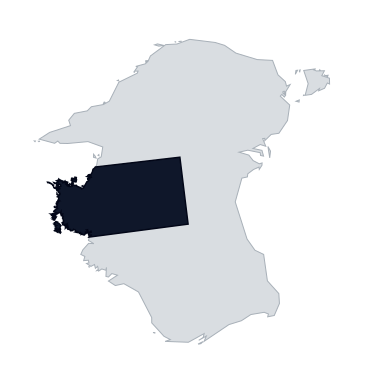 Northern Territory highlighted on a map of Australia, rotated 263°
{"feature_id": "AUS-2650", "entity_name": "Northern Territory", "entity_type": "Territory", "adm_level": 1, "iso_a3": "AUS", "parent_name": "Australia", "parent_adm1": "", "projection": "natural_earth1", "projection_center": [133.869, -18.484], "detail": "fine", "context": "in_parent", "style": "filled", "palette": "ink", "viewbox_px": 384, "rotation_deg": 263, "n_neighbors": 0, "source": "natural_earth", "source_scale": "10m", "svg_char_len": 9237}
<svg xmlns="http://www.w3.org/2000/svg" viewBox="0 0 384 384"><g transform="rotate(263 192 192)"><path d="M268.5,58.0L272.7,79.5L278.3,78.4L284.4,84.8L285.3,97.9L288.9,102.5L289.6,114.7L292.2,121.0L309.9,132.8L316.6,152.2L318.6,153.2L319.0,149.7L322.9,153.2L323.5,151.5L324.9,161.3L327.1,164.3L332.1,167.3L341.5,183.9L340.7,195.0L343.8,208.3L337.6,233.2L333.6,242.2L324.5,252.5L315.5,272.8L312.8,288.0L297.8,291.6L290.2,298.1L285.6,298.7L286.7,302.5L279.8,297.0L280.9,295.7L280.4,294.4L279.1,294.3L276.6,296.7L275.0,295.2L277.9,293.0L276.4,291.3L266.4,299.6L251.3,295.5L239.7,285.4L239.5,277.6L234.1,270.5L236.4,270.8L236.4,268.6L228.4,270.8L230.8,265.5L227.8,257.8L224.8,266.5L218.9,267.4L219.9,264.5L222.7,264.5L226.7,252.5L225.8,243.5L221.7,252.9L215.7,256.5L211.8,262.2L212.3,265.1L210.0,264.7L206.2,261.5L208.6,261.5L206.9,255.9L203.3,249.6L200.2,248.8L199.7,243.2L176.9,233.7L138.6,240.9L126.5,247.4L121.3,255.5L94.6,256.0L80.6,265.8L70.7,265.2L59.4,258.6L58.9,251.9L61.6,253.0L63.8,249.0L63.2,235.5L58.2,225.3L55.9,212.5L42.3,185.8L47.3,188.7L44.0,180.6L46.3,185.4L50.0,186.8L43.3,170.1L47.0,147.1L48.1,152.5L52.2,146.6L67.0,136.1L72.3,136.7L99.3,126.7L109.3,113.2L108.5,104.5L113.8,98.2L118.5,107.9L120.8,102.5L117.8,98.7L118.7,96.3L127.6,97.9L124.8,97.0L126.6,93.1L124.9,89.7L129.7,89.3L128.0,86.8L131.9,86.4L130.5,82.7L133.9,78.6L134.2,81.1L136.9,80.8L137.1,76.1L141.1,77.8L143.6,74.0L147.9,76.6L153.6,83.1L152.7,88.3L156.5,83.3L164.6,86.6L166.3,83.8L162.6,79.9L172.1,62.3L174.0,63.4L177.2,59.0L178.4,60.9L188.1,59.5L187.8,55.3L181.3,52.2L182.4,51.1L205.9,60.1L212.8,56.8L211.1,60.3L214.0,62.2L217.5,58.0L220.7,61.5L216.9,69.4L212.8,70.1L213.0,75.8L209.2,84.6L230.4,100.7L236.3,102.4L238.0,106.2L247.6,108.9L254.7,94.9L255.3,74.5L256.4,66.9L258.9,65.0L257.1,61.6L263.1,46.8L268.5,58.0ZM274.2,316.1L285.4,320.5L299.0,317.7L299.2,329.8L298.4,327.7L297.0,330.2L296.2,338.2L291.6,335.0L288.2,342.3L282.4,341.7L283.7,339.6L278.8,336.2L277.0,330.0L279.2,331.1L274.3,322.5L274.2,316.1ZM170.2,51.2L177.0,51.1L179.1,53.4L174.6,57.7L170.2,51.2ZM216.4,273.3L227.9,272.9L223.0,274.9L216.4,273.3ZM218.8,74.6L220.2,79.0L215.9,78.2L216.6,75.1L218.8,74.6ZM340.9,182.0L340.8,176.9L342.6,172.8L343.2,175.8L340.9,182.0ZM296.2,308.9L300.0,310.0L300.0,311.6L296.2,308.9ZM169.6,52.5L172.0,56.8L167.6,56.5L169.6,52.5ZM270.3,309.7L268.2,309.2L269.4,306.3L270.3,309.7ZM241.5,98.9L239.5,100.2L237.4,100.9L238.4,98.5L241.5,98.9ZM42.2,184.7L40.4,182.3L40.2,180.0L40.5,179.9L42.2,184.7ZM299.1,313.3L300.5,314.4L297.7,313.5L299.1,313.3ZM326.3,162.0L327.9,162.0L327.8,164.2L326.3,162.0ZM290.1,114.5L292.0,115.8L291.6,116.6L290.1,114.5ZM291.3,339.3L291.3,341.3L289.9,340.6L291.3,339.3ZM343.0,196.9L343.0,199.6L342.8,199.6L343.0,196.9ZM187.5,51.0L186.4,49.8L187.1,49.2L187.5,51.0ZM219.1,51.2L217.5,53.4L219.4,49.6L219.1,51.2ZM343.3,193.6L342.5,194.5L343.1,193.5L343.3,193.6ZM221.5,91.3L220.5,91.7L221.0,90.6L221.5,91.3ZM215.5,74.5L214.3,74.7L215.0,73.3L215.5,74.5ZM57.3,136.2L57.0,138.0L56.5,137.9L57.3,136.2ZM261.1,45.8L261.0,47.3L260.6,46.2L261.1,45.8ZM279.1,295.1L279.4,296.0L279.0,295.7L279.1,295.1ZM217.0,54.0L214.8,55.5L217.1,53.6L217.0,54.0ZM130.6,80.6L129.8,81.6L130.3,80.4L130.6,80.6ZM292.1,337.9L291.4,338.3L291.8,337.5L292.1,337.9ZM240.5,104.1L239.3,104.1L239.9,103.2L240.5,104.1ZM126.2,88.5L125.6,89.1L125.5,87.7L126.2,88.5ZM297.8,333.7L296.8,334.3L297.1,333.2L297.8,333.7ZM261.9,41.7L261.7,42.8L261.1,42.3L261.9,41.7ZM278.5,296.3L279.5,297.2L277.8,296.9L278.5,296.3ZM312.1,132.7L311.3,132.8L311.7,131.6L312.1,132.7ZM318.3,149.5L317.9,149.5L318.3,148.6L318.3,149.5ZM274.7,314.6L274.4,315.4L274.2,314.4L274.7,314.6Z" fill="#d9dde1" stroke="#a8b0b8" stroke-width="1"/><path d="M159.8,84.1L161.2,85.1L161.3,86.4L161.0,87.3L161.5,86.8L161.4,87.4L161.8,86.3L161.5,83.8L161.8,84.3L162.2,84.1L163.4,84.7L164.2,85.8L164.3,86.8L164.8,86.5L165.0,87.1L165.4,87.0L164.5,84.8L164.7,83.8L165.8,84.1L166.9,83.4L167.3,83.6L167.3,82.7L165.9,83.7L165.6,83.7L165.9,83.2L165.3,83.4L164.9,83.1L164.3,81.8L165.2,81.7L165.8,81.1L164.9,81.5L163.8,81.2L162.5,80.0L162.6,79.3L163.5,77.6L163.4,76.8L164.2,77.2L164.4,76.3L164.6,76.7L165.4,76.3L165.2,75.1L166.0,74.2L165.7,74.2L165.7,73.4L166.5,71.3L166.7,72.0L167.1,72.1L168.4,71.5L169.3,70.3L169.9,70.5L168.3,68.8L168.3,66.8L168.7,66.5L169.1,66.9L169.8,66.5L170.1,64.4L170.4,64.5L170.8,64.0L171.3,64.3L171.2,63.8L171.8,64.8L172.7,64.7L171.6,64.0L172.1,63.8L171.8,63.6L172.1,62.3L171.8,62.0L173.3,62.3L173.4,63.7L173.6,63.2L174.2,64.1L174.3,63.8L174.8,64.0L174.0,63.0L174.8,63.2L174.1,62.5L173.7,62.4L173.7,62.0L174.3,61.4L175.4,61.8L175.0,60.1L175.2,59.7L175.8,59.7L177.0,60.5L177.3,58.8L177.7,60.4L178.4,61.0L181.0,60.8L181.9,60.3L183.1,61.2L184.6,59.8L184.8,60.5L185.6,60.3L185.9,61.1L185.7,61.8L186.1,61.1L186.1,59.8L187.0,59.2L187.9,59.6L188.5,59.6L187.5,59.0L187.7,57.1L187.2,56.5L188.0,55.3L187.1,54.9L186.5,53.7L185.5,53.3L183.5,54.1L183.0,53.8L183.0,53.2L182.3,53.0L182.5,52.6L180.9,52.2L181.0,51.8L181.4,51.9L181.3,51.3L181.6,51.4L181.8,51.0L182.2,51.7L182.5,51.5L182.5,50.6L183.3,51.5L183.5,51.3L183.5,52.4L183.7,52.2L184.0,53.1L184.1,52.6L184.5,52.6L184.1,52.2L183.9,50.6L184.9,51.9L184.8,50.9L185.3,50.5L185.6,52.0L186.1,51.4L186.3,51.5L187.8,54.0L188.3,54.0L189.1,53.0L189.5,53.2L189.3,52.5L189.7,52.4L190.9,54.0L191.6,55.8L192.4,56.0L193.0,55.6L192.8,56.3L193.5,55.9L193.5,56.3L194.0,56.5L194.4,56.2L194.4,57.2L194.6,56.7L195.4,56.8L196.5,55.9L197.4,55.9L197.6,56.2L196.9,56.7L196.8,57.1L197.6,57.6L198.5,57.0L198.7,57.8L199.1,57.3L199.5,57.9L199.5,59.1L200.2,58.1L201.3,58.9L202.6,59.0L203.9,57.9L204.6,59.5L205.5,59.7L206.3,60.7L206.8,60.6L207.4,61.1L207.0,60.5L208.4,60.5L207.4,60.1L208.2,59.4L208.9,59.2L209.2,59.4L209.8,59.0L210.2,59.3L211.2,58.6L210.2,58.9L210.1,58.6L210.3,58.0L211.4,57.9L212.4,57.0L212.5,56.2L212.9,56.4L212.7,57.1L211.2,58.4L212.8,58.1L210.7,59.9L211.3,61.2L212.5,59.8L212.7,60.0L213.8,59.0L212.9,60.3L213.2,60.8L213.9,60.5L213.3,61.7L213.6,62.5L215.3,62.4L216.2,60.6L214.8,59.9L217.7,57.4L217.0,58.3L217.5,58.3L218.5,60.8L219.1,60.8L219.2,60.4L218.6,60.2L219.2,59.9L220.1,60.4L220.5,61.5L220.9,61.5L219.3,63.3L219.6,62.5L219.1,62.7L219.2,63.6L218.8,63.9L218.7,64.8L218.1,64.8L218.1,65.9L217.7,65.1L217.5,65.6L217.0,65.3L217.1,66.0L218.4,67.3L217.8,67.5L217.6,67.0L217.2,67.1L217.7,67.9L217.0,69.5L216.8,69.3L215.8,70.1L216.3,69.4L216.2,68.0L215.9,67.8L215.7,68.8L215.3,68.5L215.3,69.1L214.6,69.7L214.5,68.5L213.8,69.4L213.8,70.2L213.4,69.3L213.0,70.0L212.9,69.7L212.7,69.9L212.5,70.7L213.1,71.2L212.3,71.5L212.2,72.8L212.8,73.4L212.5,73.8L213.1,74.0L213.6,73.2L214.0,73.3L213.3,75.5L212.8,76.0L212.7,78.1L211.5,78.7L210.8,80.2L210.4,80.4L209.7,82.2L208.5,82.8L209.3,84.8L215.0,89.0L215.4,90.3L217.4,91.8L217.9,91.7L218.8,93.0L218.8,93.7L219.3,93.4L220.4,93.7L220.9,93.1L223.7,95.4L226.6,96.5L227.6,98.2L228.6,99.1L228.0,184.2L160.6,184.2L159.8,84.1ZM179.1,53.1L179.1,53.7L178.6,53.9L178.6,54.8L178.0,54.6L177.2,55.9L174.7,57.8L171.1,55.3L170.1,51.3L170.4,50.8L171.3,52.1L171.8,52.0L171.6,53.0L172.4,52.4L172.6,53.3L172.9,52.9L174.4,52.2L175.0,52.6L175.2,53.1L175.4,52.3L176.2,51.7L176.7,53.0L176.6,51.7L177.1,51.1L177.3,51.9L178.3,51.7L178.6,52.9L179.1,53.1ZM220.9,77.7L220.6,78.8L220.3,79.0L219.0,78.6L218.2,78.9L216.6,78.1L215.8,78.4L216.7,77.4L216.5,74.7L217.3,74.9L217.4,74.4L217.9,74.7L218.2,74.3L217.7,73.5L218.1,73.8L218.9,73.2L218.5,74.0L218.9,74.2L219.0,74.9L219.6,75.0L219.8,74.1L220.3,74.2L220.4,74.6L219.9,75.6L219.2,75.8L219.2,76.3L219.6,76.6L218.8,77.0L218.8,77.5L219.0,78.0L219.4,77.7L220.1,78.2L220.4,77.7L220.9,77.7ZM170.7,55.7L172.1,56.2L172.1,56.7L171.1,57.0L169.8,56.3L168.0,56.9L167.4,56.4L167.8,56.2L167.8,55.5L168.7,55.5L168.8,54.0L168.4,53.8L169.4,52.5L169.9,52.3L170.4,53.3L170.3,54.1L170.8,54.8L170.7,55.7ZM186.4,50.9L186.6,50.2L186.3,49.7L186.9,49.7L187.3,49.2L187.1,50.8L187.5,51.0L187.3,52.5L186.4,50.9ZM221.6,91.2L221.8,92.3L221.5,92.9L220.8,91.7L220.5,91.8L220.9,90.6L221.6,91.2ZM219.3,49.8L218.9,51.3L217.5,53.4L217.1,53.5L218.7,51.0L218.9,49.9L219.3,49.8ZM215.6,73.7L215.2,75.0L214.9,75.0L214.7,74.2L214.6,74.9L214.3,74.7L214.2,73.9L214.6,74.0L214.9,73.4L215.6,73.7ZM215.9,54.8L217.1,53.6L216.3,54.8L214.8,55.6L215.5,54.6L215.9,54.8ZM218.0,90.1L217.8,91.0L217.1,90.9L217.3,90.1L218.0,90.1ZM187.4,55.2L187.6,55.6L187.2,55.9L186.6,55.3L187.4,55.2ZM215.3,58.6L215.8,58.3L215.5,58.8L214.4,58.9L214.4,58.6L215.3,58.6ZM218.4,91.3L218.8,91.6L218.4,92.3L218.0,91.7L218.4,91.3ZM219.4,91.1L219.7,91.4L219.3,91.3L219.4,91.8L218.9,92.0L218.9,91.1L219.4,91.1ZM214.5,72.4L214.1,70.6L214.9,71.5L214.6,71.6L214.5,72.4ZM163.6,83.5L164.3,84.3L164.3,85.0L163.6,83.5ZM193.1,55.0L194.1,54.8L193.1,55.4L193.1,55.0ZM213.1,55.8L213.3,55.4L213.8,55.3L213.4,55.8L213.1,55.8ZM220.2,90.6L219.8,91.0L219.8,90.3L220.1,89.8L220.2,90.6ZM194.0,53.5L194.3,54.0L193.4,54.3L193.4,53.8L194.0,53.5ZM211.3,83.8L211.5,84.4L210.9,84.4L211.3,83.8ZM204.6,58.7L205.1,59.0L205.0,59.5L204.6,58.7ZM185.3,59.3L185.8,59.2L185.8,59.6L185.3,59.3ZM218.1,56.1L217.9,56.6L217.4,56.5L217.5,56.4L218.1,56.1ZM164.5,83.7L164.4,84.1L164.2,83.5L164.5,83.7ZM205.4,58.6L205.3,58.9L205.0,58.6L205.4,58.6ZM206.7,57.8L206.2,58.0L206.1,57.9L206.1,57.7L206.7,57.8ZM217.1,57.4L217.1,56.7L217.1,57.4ZM219.7,59.1L219.8,59.6L219.7,59.6L219.5,59.4L219.7,59.1Z" fill="#0f172a" stroke="#020617" stroke-width="1.5"/></g></svg>